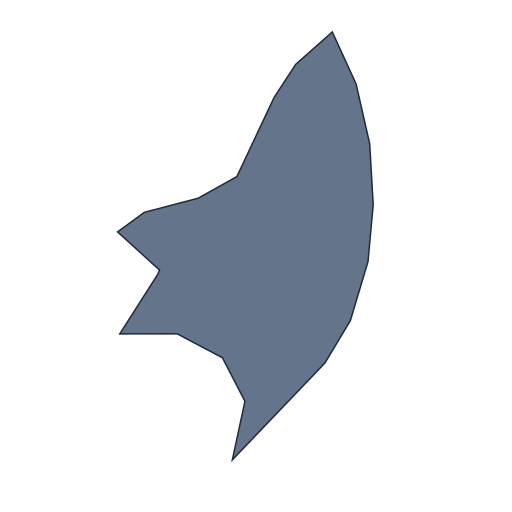 an SVG outline of Kermadec Islands, rotated 69°
{"feature_id": "NZL-5471", "entity_name": "Kermadec Islands", "entity_type": "state/province", "adm_level": 1, "iso_a3": "NZL", "parent_name": "New Zealand", "parent_adm1": "", "projection": "equal_earth", "projection_center": [-177.908, -29.257], "detail": "fine", "context": "isolated", "style": "filled", "palette": "slate", "viewbox_px": 512, "rotation_deg": 69, "n_neighbors": 0, "source": "natural_earth", "source_scale": "10m", "svg_char_len": 420}
<svg xmlns="http://www.w3.org/2000/svg" viewBox="0 0 512 512"><g transform="rotate(69 256 256)"><path d="M234.6,351.1L183.9,376.6L175.2,344.6L181.3,289.3L175.0,245.4L114.4,182.2L91.3,150.2L74.2,104.5L131.2,100.9L191.8,109.6L250.1,128.2L301.3,153.4L350.2,191.1L380.6,230.0L437.8,351.1L387.7,318.4L339.0,323.8L300.4,357.5L279.9,411.1L238.2,354.7L234.6,351.1Z" fill="#64748b" stroke="#1e293b" stroke-width="1.5"/></g></svg>